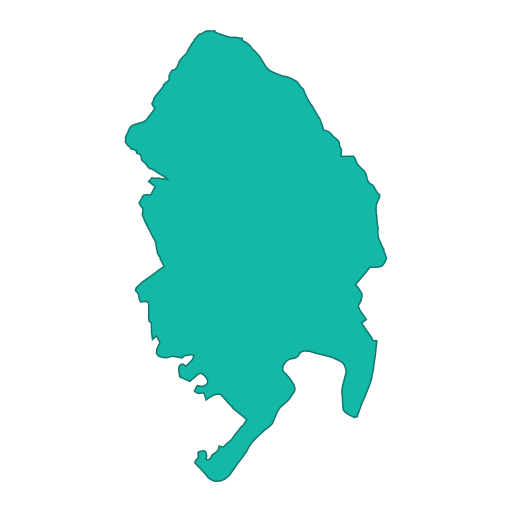 Chetani, Mures, Romania
{"feature_id": "2599482B57558176240382", "entity_name": "Chetani", "entity_type": "district", "adm_level": 2, "iso_a3": "ROU", "parent_name": "Romania", "parent_adm1": "Mures", "projection": "albers", "projection_center": [23.998, 46.485], "detail": "fine", "context": "isolated", "style": "filled", "palette": "teal", "viewbox_px": 512, "rotation_deg": 0, "n_neighbors": 0, "source": "geoboundaries", "source_scale": "gbopen_adm2", "svg_char_len": 6047}
<svg xmlns="http://www.w3.org/2000/svg" viewBox="0 0 512 512"><path d="M304.6,350.9L309.7,351.3L315.7,353.2L327.7,356.1L332.1,357.4L339.7,360.9L342.0,362.3L343.5,363.8L344.7,365.9L346.1,370.0L346.2,371.3L345.9,373.7L345.1,376.1L343.9,381.0L342.8,385.2L342.0,389.5L341.9,392.6L342.3,396.3L342.7,404.5L343.2,409.2L343.8,410.6L345.2,412.2L347.0,413.6L349.9,415.3L354.5,417.5L354.9,416.8L357.0,416.9L362.4,401.9L362.7,401.5L364.0,398.8L369.3,385.6L371.2,380.1L371.3,379.4L372.0,377.2L371.7,376.6L371.7,376.4L373.3,370.0L373.6,366.9L375.4,354.6L376.8,340.8L372.9,340.5L371.6,338.6L371.9,338.1L371.8,337.9L361.4,322.9L366.4,319.6L360.1,310.5L358.4,306.4L358.4,305.2L360.0,302.8L360.9,300.8L362.0,296.4L362.0,294.9L361.7,293.5L360.7,291.6L359.5,289.9L358.5,288.1L357.6,287.0L355.4,284.9L370.0,267.3L373.6,267.2L375.1,267.3L378.7,267.0L381.4,266.1L382.4,265.6L384.4,263.0L386.6,258.4L384.8,253.3L383.8,251.1L383.8,250.6L384.0,249.8L383.4,248.5L382.5,247.2L379.3,239.8L378.7,238.5L377.9,234.5L377.8,233.2L378.1,227.3L377.3,224.2L377.2,222.6L376.8,217.0L376.7,214.9L376.4,214.3L376.1,212.7L376.3,211.3L376.0,210.4L376.2,207.4L376.2,205.0L379.2,197.9L379.8,195.1L377.2,192.6L373.6,186.3L372.5,185.0L369.7,183.4L368.9,182.6L368.3,181.8L367.0,178.5L366.6,176.2L365.8,173.8L364.3,171.1L361.1,168.1L358.0,164.9L357.2,163.8L355.2,158.9L353.6,156.2L341.0,156.4L341.5,151.1L341.4,149.7L340.8,148.2L340.1,147.0L339.5,145.6L339.4,143.8L339.2,142.4L338.5,141.0L335.8,138.4L333.4,136.6L331.4,134.2L328.4,131.5L323.5,129.9L322.1,124.7L321.0,122.3L319.7,118.5L317.9,116.0L314.3,109.8L312.5,106.5L309.3,102.0L307.2,98.2L304.9,93.3L303.8,90.3L303.1,88.9L300.9,87.0L298.7,83.8L297.4,82.2L296.3,81.2L292.9,79.3L287.9,77.1L285.8,76.4L284.5,76.6L283.8,76.4L276.1,73.6L270.4,70.9L268.4,69.4L266.6,67.6L265.4,66.0L261.6,59.6L259.8,56.8L257.6,54.2L254.6,50.8L252.5,49.2L250.0,45.7L248.0,43.9L246.0,42.3L243.4,41.1L242.2,40.4L242.1,40.1L242.4,38.4L236.8,37.6L235.2,37.2L232.7,37.4L229.7,37.3L222.7,35.0L216.2,32.7L215.4,32.2L214.6,30.7L211.8,31.1L208.8,30.9L206.8,30.9L205.0,31.6L201.8,33.6L199.3,34.2L194.5,39.5L194.1,40.5L193.7,41.2L191.5,44.3L188.2,49.8L187.0,52.7L185.5,54.4L181.3,58.6L179.7,60.8L179.0,62.0L177.7,65.9L176.2,68.2L174.6,69.6L173.8,70.1L171.9,70.3L171.7,70.6L169.7,74.3L169.0,75.9L169.2,77.9L169.0,79.4L168.8,80.3L168.6,80.6L166.1,82.3L163.9,84.4L163.0,86.7L162.7,87.3L155.9,95.5L154.3,97.9L153.6,99.1L153.4,100.7L152.0,103.4L152.0,104.0L152.1,104.4L154.0,107.3L155.1,108.0L152.5,111.9L148.1,117.5L146.9,119.3L145.4,120.7L144.0,121.5L143.0,122.0L139.1,123.2L135.0,124.3L131.8,125.8L130.9,126.5L130.2,127.3L128.7,129.9L127.7,132.8L125.6,137.0L125.4,138.0L125.7,139.5L125.4,141.3L125.5,141.9L126.1,143.0L127.6,145.3L129.7,146.8L130.2,147.8L131.5,149.2L132.9,149.1L133.6,149.2L134.5,150.0L135.4,150.5L135.9,150.5L136.5,150.8L136.4,152.0L136.7,153.0L137.2,153.5L138.7,153.7L139.7,154.0L140.0,154.8L141.1,156.2L141.3,157.0L141.4,158.7L141.6,159.7L142.1,160.4L143.0,161.4L144.9,162.8L146.3,164.7L148.6,167.6L149.7,168.5L152.1,169.2L153.2,169.8L159.7,174.0L165.1,177.2L167.8,179.3L161.4,178.7L159.3,178.2L156.9,178.2L154.4,178.4L151.8,177.8L150.8,179.4L148.6,181.4L152.5,184.6L155.2,186.3L150.7,195.1L146.6,194.6L143.5,195.3L143.3,195.4L141.9,198.1L139.1,203.0L140.4,205.5L141.3,206.4L141.6,207.1L142.6,208.2L142.6,209.1L143.0,210.2L143.1,210.9L142.4,212.4L142.8,213.4L142.3,214.2L142.3,215.2L143.9,218.3L144.3,220.0L145.6,222.9L146.2,223.8L146.5,223.8L146.8,224.1L146.9,224.5L146.5,224.9L148.0,227.2L148.5,228.7L150.7,232.2L151.2,234.1L152.7,236.3L152.9,237.2L154.7,240.0L155.6,242.6L156.2,245.2L156.5,247.9L157.2,251.7L157.3,252.6L158.3,254.6L158.6,255.8L159.4,256.1L160.1,257.5L160.3,259.5L161.4,260.9L162.2,262.7L164.2,266.4L158.4,270.3L154.1,273.7L142.4,282.0L136.1,287.9L135.5,290.7L136.7,291.7L138.5,294.3L138.8,295.5L139.1,298.4L139.6,299.8L140.7,302.0L141.3,302.1L143.1,301.6L144.0,301.7L145.6,301.2L146.0,301.3L146.9,302.0L148.0,302.3L148.5,302.7L148.7,304.2L148.8,308.5L148.6,316.7L148.9,320.0L149.0,320.9L149.7,321.7L151.3,322.7L151.5,329.4L151.5,332.0L152.5,339.5L156.5,335.9L159.9,342.4L156.8,349.4L156.4,353.4L158.5,356.1L160.7,356.9L165.2,357.7L166.9,357.7L168.2,357.4L169.8,356.7L171.9,356.4L173.9,356.4L182.2,358.0L184.7,355.5L187.5,355.4L191.9,354.5L193.9,355.7L192.2,360.0L187.6,364.5L185.9,366.4L184.5,365.0L182.9,364.0L180.8,364.5L179.3,366.0L178.7,368.7L178.9,371.5L179.7,376.8L189.9,381.4L190.2,381.3L191.4,380.0L195.3,376.8L197.2,375.0L199.1,373.7L199.9,373.3L201.2,373.5L202.4,374.0L204.4,375.6L205.6,376.8L207.3,379.4L207.7,382.1L207.3,383.2L206.5,384.4L204.3,385.7L202.4,386.4L200.5,386.3L199.4,386.0L197.5,385.6L197.0,385.8L195.7,388.6L194.5,390.7L194.5,391.2L194.6,391.6L196.6,392.4L197.0,392.7L197.5,393.4L202.2,393.0L204.1,393.2L205.1,396.3L206.2,400.0L207.0,399.2L209.4,397.6L213.3,395.2L215.1,394.6L216.6,394.3L219.7,394.2L220.8,394.7L222.6,396.3L229.0,403.8L232.6,407.1L232.2,407.7L246.8,419.5L243.0,425.4L241.2,426.8L237.9,431.2L234.5,435.3L231.6,439.5L229.2,441.8L227.6,442.9L222.8,447.5L222.1,446.9L219.1,446.0L218.8,446.6L218.8,448.2L218.3,449.8L216.1,452.1L212.6,454.6L212.0,455.1L210.8,457.7L210.0,458.7L209.1,459.4L207.9,459.8L206.4,459.5L206.0,458.9L206.0,458.7L206.6,456.9L206.6,455.6L206.2,453.2L205.5,451.6L204.2,450.8L203.4,450.7L199.4,451.6L198.5,451.9L198.0,452.8L198.2,456.1L198.4,457.5L195.5,460.5L194.9,463.0L200.2,468.3L205.9,474.7L208.5,478.0L210.6,479.4L213.6,480.8L215.8,481.3L220.7,480.9L222.7,480.1L225.0,478.9L227.1,477.3L229.4,475.2L234.5,468.2L237.4,463.8L243.0,456.6L246.8,451.1L248.5,447.7L250.7,444.1L252.2,442.1L256.2,437.9L263.9,430.8L266.0,429.0L268.1,427.6L271.6,424.5L272.8,422.6L276.7,413.1L277.9,410.9L279.4,408.6L280.2,407.5L286.9,401.5L288.9,399.5L294.0,392.1L294.6,390.9L294.9,389.3L294.9,388.0L293.9,384.9L292.8,382.8L289.0,377.5L285.8,373.9L284.0,372.4L283.1,370.7L282.6,369.5L282.7,368.1L283.1,366.2L284.6,363.4L286.5,361.0L288.3,359.9L289.5,359.3L291.1,358.8L294.4,358.3L296.7,357.2L298.1,356.1L300.0,352.9L301.8,351.6L304.6,350.9Z" fill="#14b8a6" stroke="#0f766e" stroke-width="1.5"/></svg>